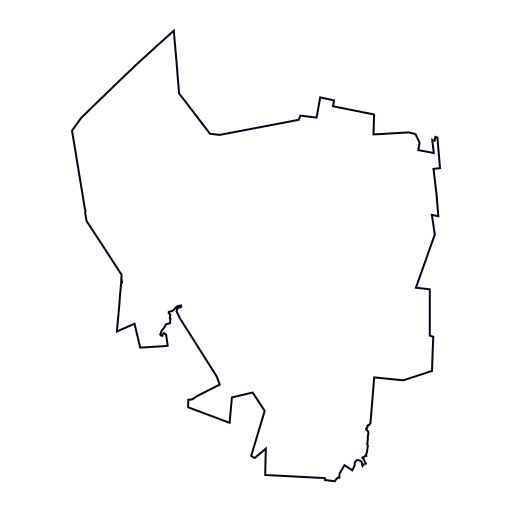 Catorce, San Luis Potosí, Mexico
{"feature_id": "50627088B45897682266875", "entity_name": "Catorce", "entity_type": "district", "adm_level": 2, "iso_a3": "MEX", "parent_name": "Mexico", "parent_adm1": "San Luis Potosí", "projection": "natural_earth1", "projection_center": [-101.035, 23.645], "detail": "fine", "context": "isolated", "style": "outline", "palette": "ink", "viewbox_px": 512, "rotation_deg": 0, "n_neighbors": 0, "source": "geoboundaries", "source_scale": "gbopen_adm2", "svg_char_len": 3867}
<svg xmlns="http://www.w3.org/2000/svg" viewBox="0 0 512 512"><path d="M436.6,195.1L434.3,175.5L433.5,168.9L440.0,168.1L437.4,137.5L435.4,136.9L434.6,140.7L432.2,139.8L433.8,153.0L418.3,150.1L419.6,142.8L415.5,134.1L408.9,132.4L389.5,133.5L380.0,134.1L373.5,134.4L373.7,127.8L374.1,114.5L346.5,109.0L333.0,106.2L334.1,100.4L320.2,97.4L316.6,117.6L316.3,117.6L300.5,115.6L299.8,117.3L299.5,118.0L299.0,119.0L298.7,119.8L219.7,134.9L210.0,133.8L186.4,102.9L179.1,93.5L177.4,73.2L177.4,72.8L176.5,61.6L175.0,44.7L173.8,30.7L173.3,31.1L172.7,31.7L171.0,33.2L170.2,33.9L170.0,34.1L169.9,34.3L169.4,34.6L168.8,35.1L168.3,35.6L167.0,36.8L165.9,37.8L164.1,39.4L162.3,41.0L160.5,42.6L159.6,43.4L157.9,44.9L154.9,47.7L153.0,49.5L150.1,52.1L148.5,53.5L142.8,58.7L140.0,61.3L135.5,65.4L135.1,65.8L133.6,67.3L129.8,70.9L125.6,74.9L121.9,78.4L116.2,83.9L109.9,90.0L107.4,92.4L103.4,96.4L102.6,97.1L101.3,98.3L91.1,108.2L81.2,117.9L72.0,130.7L73.6,140.2L84.4,205.9L84.9,209.2L85.4,209.9L85.3,211.7L85.2,213.1L86.5,220.9L99.4,240.6L121.6,274.8L121.3,279.3L121.2,279.8L121.3,279.9L121.7,280.1L121.7,280.6L121.7,280.9L122.1,282.0L122.0,282.4L121.2,282.0L119.9,296.7L119.2,306.2L116.9,331.5L134.5,323.7L140.2,347.6L166.7,346.0L167.7,345.7L166.1,334.5L165.8,334.5L165.5,334.3L164.0,333.0L163.8,333.0L163.4,333.4L162.6,334.7L162.3,335.8L160.8,335.4L160.4,334.9L160.2,334.4L160.5,333.7L160.8,333.1L161.7,330.6L163.9,328.1L164.0,327.7L165.5,325.4L166.0,324.3L166.5,324.1L170.0,323.2L170.4,318.8L169.9,318.7L169.8,318.1L170.3,314.6L168.7,313.1L168.8,311.9L169.8,311.6L171.0,311.3L172.8,310.6L173.3,310.3L175.7,307.8L177.3,306.3L179.1,305.8L181.1,305.5L181.2,306.7L180.5,307.3L179.2,307.4L177.9,308.1L177.3,309.0L176.5,311.2L180.1,318.6L187.2,329.8L203.7,355.9L216.8,376.6L219.7,384.6L197.6,395.8L192.1,399.4L188.3,399.8L188.1,407.3L200.4,411.9L229.6,422.8L231.9,397.4L251.7,392.8L252.7,392.6L264.7,410.9L251.2,455.9L252.0,456.4L254.1,457.8L254.3,457.8L254.9,457.9L265.8,448.6L265.2,475.0L286.8,476.1L324.8,478.1L324.9,480.0L333.5,481.1L334.7,481.3L336.0,479.4L337.9,477.6L339.3,477.7L339.4,476.9L339.5,473.7L341.0,471.1L342.3,468.9L344.4,465.4L344.5,465.2L346.2,466.3L348.0,467.5L349.7,468.6L350.8,469.3L352.2,470.3L353.1,468.9L354.1,466.5L354.7,465.1L354.7,463.4L354.7,462.8L355.1,462.0L356.1,461.0L356.6,460.3L357.2,460.1L358.0,460.1L358.4,460.2L360.0,460.7L361.1,461.4L361.6,461.8L362.1,464.7L362.5,465.9L363.1,464.9L363.7,464.6L364.3,464.3L364.4,464.2L365.6,463.6L365.9,463.5L365.8,463.3L365.4,463.0L365.1,462.3L364.8,461.9L364.6,461.4L364.3,460.7L364.1,460.2L364.0,459.7L363.8,459.3L363.5,458.9L363.4,458.8L363.2,458.6L363.1,458.4L362.9,458.2L362.7,458.1L362.4,457.8L362.3,457.6L362.5,457.5L362.7,457.4L362.9,457.4L363.6,457.0L364.0,456.8L364.4,456.7L365.3,455.8L366.0,456.0L366.3,455.9L366.2,455.7L365.7,455.2L365.9,454.9L366.1,454.5L366.4,453.7L366.7,452.8L367.0,452.0L367.1,451.4L367.1,450.6L367.3,449.9L367.3,449.3L367.4,448.7L367.5,447.8L367.6,447.2L367.9,446.5L367.8,445.7L367.7,445.3L367.4,444.7L367.4,444.4L367.3,443.8L367.2,443.4L367.5,443.1L367.5,442.6L367.5,441.4L367.6,440.8L367.7,440.4L367.8,440.1L367.9,439.6L367.8,438.6L367.8,438.3L367.8,437.6L367.7,437.2L367.8,436.5L367.9,436.1L368.0,435.7L368.1,435.4L368.1,435.2L368.1,434.8L368.2,434.3L368.2,433.8L368.3,433.4L368.5,432.9L368.4,432.5L368.2,431.9L368.0,431.5L367.8,431.1L367.5,430.6L367.3,430.3L366.9,430.2L366.5,429.9L366.4,429.7L366.2,429.4L366.1,429.2L366.0,428.9L366.0,428.7L366.4,428.4L366.5,428.5L366.6,428.4L366.8,428.3L366.8,428.1L367.1,427.9L367.4,427.6L367.5,427.0L367.4,426.8L367.3,426.0L367.8,425.6L368.1,425.1L368.9,425.0L369.3,424.9L370.5,422.8L374.2,377.4L394.2,379.4L403.3,380.3L432.0,370.9L432.7,350.5L432.7,350.1L433.3,336.8L429.8,335.6L429.8,298.1L429.8,289.3L415.9,287.7L421.3,272.6L432.5,241.0L434.8,234.6L431.9,214.9L438.3,216.2L436.6,195.1Z" fill="none" stroke="#020617" stroke-width="2"/></svg>